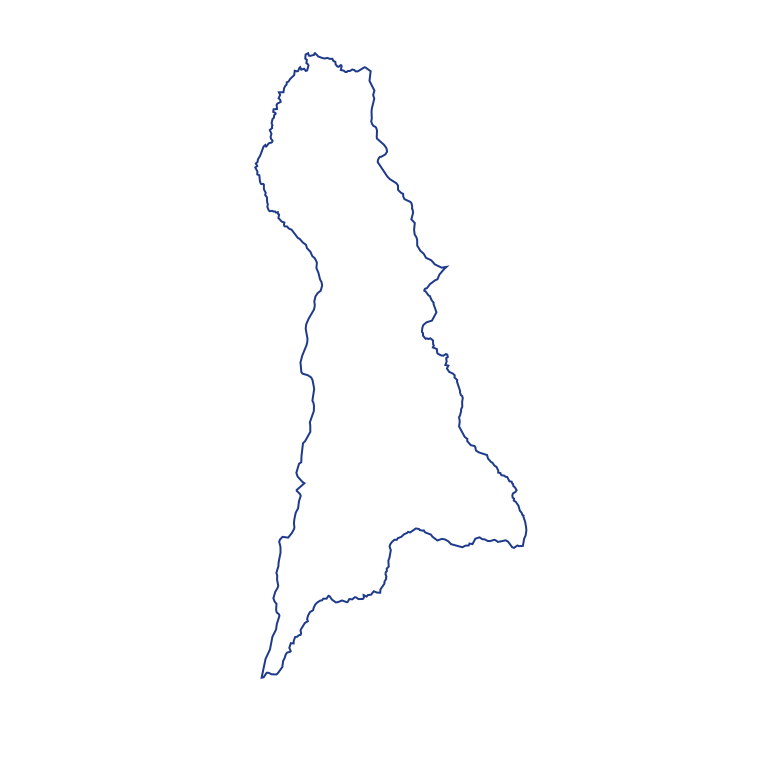 Villa Gómez, Cundinamarca, Colombia (Natural Earth projection), rotated 11°
{"feature_id": "7082276B48238544943063", "entity_name": "Villa Gómez", "entity_type": "district", "adm_level": 2, "iso_a3": "COL", "parent_name": "Colombia", "parent_adm1": "Cundinamarca", "projection": "natural_earth1", "projection_center": [-74.187, 5.267], "detail": "fine", "context": "isolated", "style": "outline", "palette": "blue", "viewbox_px": 768, "rotation_deg": 11, "n_neighbors": 0, "source": "geoboundaries", "source_scale": "gbopen_adm2", "svg_char_len": 6114}
<svg xmlns="http://www.w3.org/2000/svg" viewBox="0 0 768 768"><g transform="rotate(11 384 384)"><path d="M551.2,516.4L551.1,509.0L551.9,505.8L551.7,500.6L551.0,498.0L548.8,492.2L546.2,487.8L546.1,486.5L544.9,486.2L543.6,484.1L541.5,482.4L539.2,477.8L535.8,474.5L533.6,473.7L533.6,471.8L531.9,470.9L531.2,468.6L531.5,466.8L533.6,464.9L534.4,462.9L532.0,460.3L530.5,459.6L529.8,457.6L528.9,457.2L527.9,455.5L525.7,455.6L522.8,451.9L520.8,451.8L519.2,450.9L517.3,451.2L516.0,450.6L515.3,449.2L513.0,449.2L512.7,447.2L510.1,443.8L507.9,443.0L505.5,440.6L503.7,440.0L500.3,437.3L498.7,434.1L490.5,433.1L487.4,432.0L486.6,431.1L485.9,428.8L484.7,427.6L480.9,427.5L476.6,424.2L476.3,422.0L473.4,420.6L465.8,411.4L465.5,406.3L464.0,402.3L464.6,400.4L464.9,396.3L464.5,394.0L465.2,391.5L464.1,386.6L464.0,382.7L463.0,380.9L461.7,380.3L460.3,378.0L460.0,376.3L455.1,367.6L455.1,366.1L452.0,364.2L451.7,361.9L449.5,360.6L445.7,359.7L442.8,356.8L443.7,353.7L440.6,353.6L441.2,349.9L440.1,346.8L441.5,345.3L440.5,343.1L439.0,342.8L436.9,344.9L434.4,345.0L431.1,344.0L430.2,343.1L429.2,339.6L425.0,338.8L425.6,336.7L424.7,335.8L423.8,331.9L420.8,330.3L419.1,331.4L417.4,331.0L416.2,331.7L413.1,329.1L412.6,326.7L411.5,325.9L411.2,324.8L410.9,321.3L411.4,318.5L414.0,315.3L419.0,312.6L421.8,303.6L417.3,295.9L417.2,294.7L415.0,292.9L412.1,288.8L410.8,288.6L407.1,285.1L405.8,284.8L405.7,283.7L406.2,282.6L407.8,281.8L410.1,277.2L414.3,272.5L416.5,271.0L417.5,266.0L421.2,259.5L423.0,257.1L418.4,258.8L411.1,256.9L406.7,253.5L401.1,252.1L398.2,248.6L394.4,246.4L390.2,241.8L389.0,236.0L387.6,233.5L385.6,231.4L384.1,226.9L383.5,220.1L379.4,217.1L379.9,210.3L378.7,207.1L378.0,206.6L377.8,204.3L376.5,201.4L375.3,200.3L368.8,198.6L367.1,196.3L366.5,193.7L364.2,193.1L360.8,190.8L359.8,186.4L357.9,184.6L350.7,181.8L347.8,179.8L335.5,167.4L335.3,165.4L335.9,163.0L336.7,161.8L337.9,161.5L341.5,158.4L342.7,155.3L341.4,152.1L338.4,149.2L330.4,144.5L329.8,143.3L328.8,136.7L327.8,134.5L326.5,133.2L324.4,132.7L322.6,130.9L321.3,128.5L321.4,126.0L319.8,119.0L319.5,115.6L320.0,105.7L318.2,102.4L318.6,97.8L311.9,89.2L311.2,79.5L305.6,76.9L304.4,76.8L298.5,82.2L296.4,82.5L295.1,81.5L292.9,81.3L290.9,83.2L288.7,83.7L287.8,84.9L286.6,85.1L284.7,84.1L281.7,84.0L281.8,80.3L281.3,79.3L280.6,79.3L278.9,81.3L277.8,81.3L275.6,79.6L274.7,77.0L272.6,76.5L271.3,74.6L268.8,75.2L266.2,74.7L263.7,75.8L261.6,75.8L257.1,75.1L253.2,72.4L252.7,72.7L252.5,74.3L248.9,76.0L247.6,76.0L246.4,73.8L244.2,75.5L244.6,79.6L246.4,80.5L246.6,83.8L248.5,84.8L249.1,85.7L248.7,90.9L247.5,91.6L245.4,89.8L242.8,91.2L241.3,89.0L240.6,89.9L240.0,93.1L239.1,93.7L236.6,93.5L236.9,97.9L233.7,102.4L232.5,105.4L231.0,106.4L231.2,108.8L230.1,110.4L229.5,112.7L229.6,116.8L225.2,117.7L226.9,120.1L226.0,123.6L227.9,124.8L228.7,126.8L225.9,129.1L225.3,130.3L226.5,134.5L223.2,135.4L223.3,138.0L225.5,138.5L226.1,139.4L224.9,141.0L225.1,143.7L224.0,145.1L223.9,149.4L225.2,151.5L224.8,152.4L225.4,154.1L223.4,156.5L225.8,159.9L225.5,162.9L226.3,164.9L228.1,166.3L228.2,167.3L227.6,168.4L225.0,169.7L223.1,173.4L222.6,173.4L221.8,172.1L220.5,173.8L218.8,183.8L217.4,187.6L217.5,190.2L216.1,192.0L218.0,194.2L216.3,196.0L219.2,199.6L219.6,202.4L221.8,202.9L223.6,208.9L224.9,210.9L225.6,211.2L227.2,210.6L228.0,211.1L229.0,215.8L231.4,218.9L231.3,221.2L233.4,223.0L234.6,227.8L235.7,229.9L235.7,232.4L237.8,235.6L238.9,236.2L241.2,235.4L242.5,235.8L243.9,235.4L245.3,236.3L247.0,235.6L247.4,237.1L248.7,237.7L248.7,241.2L252.6,244.1L255.4,244.5L255.4,246.8L256.3,248.2L259.0,247.9L260.7,249.5L263.9,250.2L271.7,257.2L273.5,257.6L277.2,260.5L280.8,262.2L282.5,265.4L286.6,268.3L289.1,272.0L292.2,273.9L294.3,276.6L295.0,277.9L295.5,283.0L298.4,287.4L301.3,293.6L303.2,295.9L304.5,299.0L304.1,304.4L301.5,307.5L300.0,311.2L299.8,316.1L301.1,320.1L301.1,324.2L297.6,334.1L296.2,340.6L296.6,344.7L300.3,354.3L300.7,357.8L300.5,360.9L298.3,371.9L297.9,378.8L300.6,388.1L302.1,389.4L307.5,389.9L311.3,391.5L313.2,394.0L316.4,402.1L316.9,414.0L318.4,416.1L319.4,418.7L320.3,423.9L318.5,435.9L319.4,438.2L320.8,445.0L317.5,455.1L315.8,457.6L316.7,470.0L317.7,476.6L315.8,478.5L314.9,487.9L316.9,491.4L322.8,495.8L324.8,496.6L318.5,504.7L318.7,505.5L322.5,508.0L323.6,509.7L322.9,515.2L323.4,522.4L321.9,527.2L321.8,533.4L322.1,537.7L323.4,541.8L323.4,543.4L321.9,548.1L319.2,553.1L313.6,553.4L311.6,556.4L311.2,558.8L313.4,563.5L314.6,569.2L314.6,579.4L315.1,583.0L314.4,590.0L315.7,592.3L316.4,596.6L318.7,602.2L318.5,604.3L316.9,608.8L316.3,615.4L318.1,618.4L320.4,620.3L321.2,626.3L322.2,628.6L324.9,630.2L325.6,631.5L324.6,640.1L324.9,645.6L322.7,653.3L322.7,666.5L320.2,676.3L319.9,695.6L321.8,694.9L323.9,689.9L325.9,689.5L328.9,690.4L333.5,689.7L334.5,688.9L335.6,686.9L338.2,681.1L337.8,675.1L338.7,672.3L339.2,668.0L340.2,666.1L342.8,664.9L343.4,664.0L341.4,661.1L342.0,656.2L344.8,655.9L344.4,653.6L345.0,649.4L347.2,648.5L348.1,647.1L350.1,646.0L350.1,644.1L349.2,642.3L349.2,640.9L351.9,633.7L354.5,631.4L353.4,629.4L353.6,626.0L354.8,622.1L357.6,619.5L357.7,616.9L358.7,613.4L360.2,611.2L362.7,608.8L364.4,608.2L365.4,606.3L368.6,605.7L369.9,602.5L371.1,602.7L373.9,605.5L378.4,607.6L380.6,606.8L384.1,604.5L389.3,605.3L390.0,604.7L391.0,601.7L393.9,601.5L396.0,598.9L397.3,598.8L399.9,600.0L404.2,599.1L405.0,597.7L404.3,595.1L407.5,596.0L408.4,594.3L411.5,593.3L413.5,589.4L417.0,590.1L420.1,589.6L419.7,586.3L422.5,579.9L422.2,577.7L423.4,574.8L422.9,573.7L423.1,572.4L421.8,570.5L421.6,568.5L422.5,567.2L421.9,564.6L423.5,562.4L422.0,556.7L422.5,553.5L422.4,545.8L420.5,542.6L420.7,540.3L421.9,537.6L424.0,534.9L426.3,534.5L427.0,532.7L430.2,530.7L432.4,527.6L435.1,525.8L435.9,524.5L437.9,524.8L442.9,519.7L446.1,519.7L447.0,520.5L450.1,520.6L451.0,520.1L452.7,521.8L458.8,522.9L460.6,524.6L466.2,527.4L470.4,525.0L473.4,524.9L477.3,526.2L480.3,528.4L492.0,529.3L494.7,527.2L498.0,526.3L498.4,524.3L501.4,524.3L503.2,518.4L507.0,516.3L510.1,517.6L512.5,517.3L515.7,518.3L518.3,517.9L521.8,516.0L523.2,516.0L526.0,517.3L533.4,514.2L535.9,515.1L540.8,519.6L542.9,520.1L545.7,517.1L547.7,517.4L551.2,516.4Z" fill="none" stroke="#1e3a8a" stroke-width="2"/></g></svg>